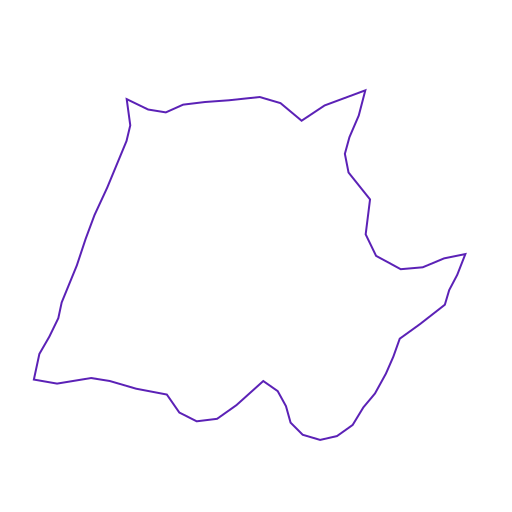 Nova Guataporanga, São Paulo, Brazil, rotated 96°
{"feature_id": "56859067B54757291963990", "entity_name": "Nova Guataporanga", "entity_type": "district", "adm_level": 2, "iso_a3": "BRA", "parent_name": "Brazil", "parent_adm1": "São Paulo", "projection": "orthographic", "projection_center": [-51.644, -21.32], "detail": "fine", "context": "isolated", "style": "outline", "palette": "violet", "viewbox_px": 512, "rotation_deg": 96, "n_neighbors": 0, "source": "geoboundaries", "source_scale": "gbopen_adm2", "svg_char_len": 874}
<svg xmlns="http://www.w3.org/2000/svg" viewBox="0 0 512 512"><g transform="rotate(96 256 256)"><path d="M232.2,48.0L238.7,68.7L249.8,89.0L254.0,110.7L243.3,136.6L223.0,149.2L187.8,148.5L163.3,172.7L145.1,178.3L128.1,175.5L105.6,168.5L79.8,164.6L99.1,203.5L116.7,224.8L101.4,247.6L97.5,269.0L104.0,299.4L108.2,322.9L113.1,344.3L122.6,360.7L121.6,378.6L113.5,401.0L139.2,394.7L155.2,396.8L203.5,411.1L232.2,420.9L256.7,427.2L284.1,433.2L322.5,444.4L338.5,446.1L357.8,453.1L376.0,461.2L402.1,464.0L403.7,440.5L394.6,407.3L395.6,388.4L400.5,361.4L403.1,330.2L419.7,315.9L426.6,297.7L422.0,277.7L406.4,259.9L379.6,235.7L388.1,220.3L402.2,210.5L418.1,204.2L428.9,190.9L432.2,173.0L426.6,156.6L413.9,142.2L395.3,133.4L380.3,123.3L359.4,114.5L341.8,108.9L323.2,104.4L306.6,85.8L284.7,63.1L269.7,60.3L253.7,53.9L232.2,48.0Z" fill="none" stroke="#5b21b6" stroke-width="2"/></g></svg>